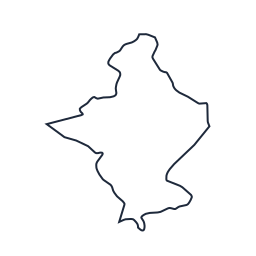 map outline of Sidi Bou Zid (Robinson projection), rotated 15°
{"feature_id": "TUN-113", "entity_name": "Sidi Bou Zid", "entity_type": "Governorate", "adm_level": 1, "iso_a3": "TUN", "parent_name": "Tunisia", "parent_adm1": "", "projection": "robinson", "projection_center": [9.5, 34.865], "detail": "fine", "context": "isolated", "style": "outline", "palette": "slate", "viewbox_px": 256, "rotation_deg": 15, "n_neighbors": 0, "source": "natural_earth", "source_scale": "10m", "svg_char_len": 2896}
<svg xmlns="http://www.w3.org/2000/svg" viewBox="0 0 256 256"><g transform="rotate(15 128 128)"><path d="M123.6,32.7L130.6,33.5L134.1,37.9L135.0,39.8L135.0,40.3L135.0,40.8L134.4,45.6L133.9,47.4L133.1,52.0L133.1,52.5L133.2,52.9L133.3,53.4L133.7,54.0L134.3,54.7L143.8,63.5L144.6,63.9L146.9,64.4L148.2,64.5L149.4,64.5L150.0,64.3L150.8,64.4L151.5,64.7L159.3,72.7L159.7,73.3L160.7,75.5L161.1,76.0L161.5,76.5L162.7,77.7L163.7,78.4L164.9,79.1L168.5,80.5L177.8,82.3L189.1,85.8L189.7,85.9L190.3,86.0L190.9,85.9L197.2,83.7L197.9,84.1L198.7,85.3L203.2,100.7L203.8,102.0L206.2,105.3L196.4,127.2L181.9,150.9L179.0,156.9L178.2,159.2L177.8,160.5L177.5,162.6L177.5,164.2L178.2,167.2L178.4,167.8L178.7,168.3L179.0,168.6L179.4,168.8L193.2,170.4L195.9,171.2L206.2,176.3L206.7,176.8L207.3,177.6L207.5,178.2L207.5,178.8L207.1,181.5L206.4,184.1L206.0,185.1L205.7,185.8L205.3,186.4L204.8,186.9L204.3,187.3L198.2,190.4L197.1,191.3L195.2,193.5L194.6,194.0L194.0,194.2L193.4,194.3L190.6,194.3L189.4,194.4L188.8,194.5L187.8,195.0L187.0,195.6L182.2,199.7L181.1,200.6L178.5,201.9L171.0,204.4L167.4,206.3L165.8,207.8L164.6,209.2L164.2,210.1L164.0,210.8L164.3,211.4L164.7,211.8L166.8,213.7L167.7,214.8L168.4,216.0L169.3,218.1L169.5,218.9L169.7,219.9L169.8,221.5L169.6,222.4L169.1,223.0L168.6,223.2L168.1,223.3L167.6,223.3L167.1,223.2L166.0,222.8L163.5,221.6L163.1,220.3L162.5,219.1L162.1,218.5L161.6,218.0L160.4,217.0L157.9,215.4L156.7,214.9L155.7,214.9L154.4,215.1L149.3,216.8L147.6,217.9L143.8,221.0L144.4,203.1L144.3,202.5L144.1,201.9L143.2,201.1L141.8,200.1L135.8,197.2L134.9,196.7L131.6,194.1L130.6,193.1L129.8,192.2L128.0,189.3L126.9,188.1L125.9,187.4L117.9,184.5L116.9,184.0L115.8,183.1L112.4,180.3L109.7,177.4L108.3,175.5L107.8,174.6L107.1,172.6L106.8,171.4L106.7,170.6L106.8,170.0L106.8,169.4L107.1,168.3L110.1,160.6L110.2,160.0L110.2,159.4L109.9,158.9L109.3,158.6L108.1,158.8L107.2,159.1L105.4,160.1L104.3,160.4L103.8,160.5L103.0,160.4L102.0,160.0L94.2,155.9L81.2,153.5L69.0,153.3L48.5,145.3L79.6,127.6L80.7,126.6L80.5,126.1L80.1,125.7L78.3,124.7L77.8,124.2L77.3,123.7L76.9,123.1L76.7,122.5L76.5,121.9L76.9,121.0L77.7,119.8L81.8,115.2L82.6,114.0L83.6,111.8L83.8,111.2L84.8,109.4L86.0,107.7L86.8,107.1L87.5,106.8L89.6,107.4L90.7,107.5L91.1,107.5L91.4,107.4L96.3,104.9L102.7,102.9L106.0,101.1L106.9,100.2L107.5,99.5L107.6,99.0L107.7,98.5L107.8,98.0L107.7,97.5L107.7,97.2L107.5,96.7L106.5,94.4L105.9,92.8L105.7,91.3L105.5,88.6L105.6,86.8L106.7,80.4L106.8,78.8L106.6,78.1L106.4,77.5L106.1,76.9L105.7,76.3L105.1,75.9L103.8,75.2L94.3,72.3L93.8,72.1L92.8,71.4L92.4,70.9L92.2,70.6L92.1,70.1L92.0,69.6L91.9,69.0L92.0,68.5L92.1,67.9L92.7,65.6L94.6,60.8L95.4,59.7L96.0,58.9L97.3,58.2L99.2,56.5L99.9,55.7L100.3,55.0L101.7,50.8L102.2,49.8L102.7,49.0L103.8,47.9L105.1,47.0L109.5,44.4L111.2,42.9L112.6,41.3L113.3,40.3L113.8,39.4L114.3,37.2L114.6,34.6L121.3,32.7L123.6,32.7Z" fill="none" stroke="#1e293b" stroke-width="2"/></g></svg>